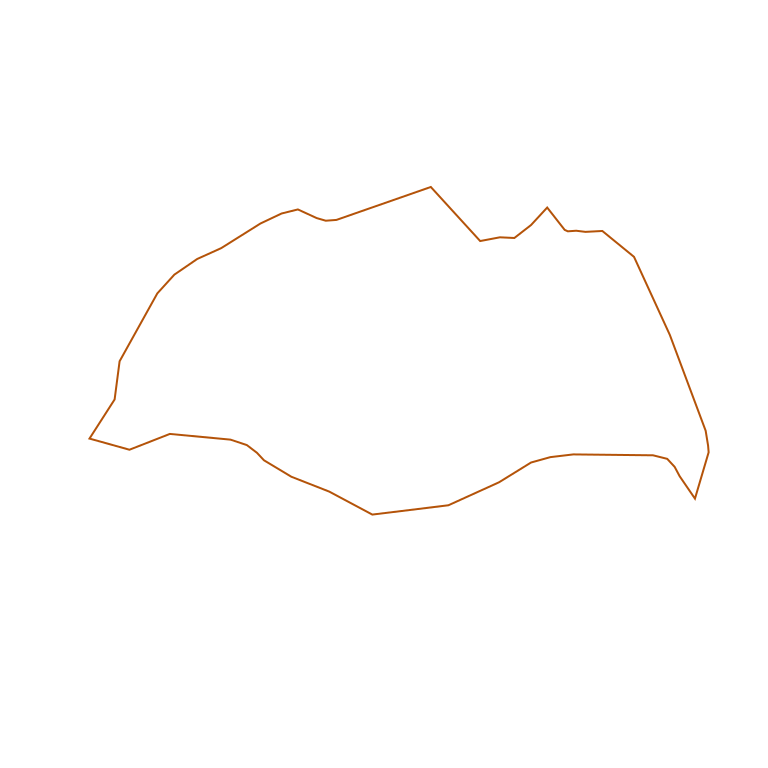 outline of Zug, rotated 165°
{"feature_id": "CHE-177", "entity_name": "Zug", "entity_type": "Canton", "adm_level": 1, "iso_a3": "CHE", "parent_name": "Switzerland", "parent_adm1": "", "projection": "robinson", "projection_center": [8.52, 47.166], "detail": "fine", "context": "isolated", "style": "outline", "palette": "amber", "viewbox_px": 768, "rotation_deg": 165, "n_neighbors": 0, "source": "natural_earth", "source_scale": "10m", "svg_char_len": 750}
<svg xmlns="http://www.w3.org/2000/svg" viewBox="0 0 768 768"><g transform="rotate(165 384 384)"><path d="M180.7,512.2L169.6,486.1L166.9,483.9L158.7,482.3L150.0,478.8L133.5,475.3L109.6,442.1L95.2,357.4L85.4,255.6L86.9,240.6L88.1,234.0L113.3,192.8L122.3,218.4L124.7,228.7L129.8,238.4L142.6,245.5L219.4,267.0L242.2,270.3L262.3,270.1L298.3,259.3L353.2,250.2L429.1,260.9L464.7,294.2L497.5,318.4L519.7,341.4L524.5,350.4L532.3,360.5L546.7,370.0L603.8,391.2L646.9,386.4L682.6,407.5L648.2,438.8L633.5,474.4L579.5,530.2L558.2,543.9L532.1,553.1L506.0,557.4L461.8,571.0L438.8,575.2L422.0,574.9L406.1,561.7L398.0,556.8L387.5,554.8L287.8,562.2L254.1,497.2L234.1,495.7L220.3,491.3L200.8,499.5L180.7,512.2Z" fill="none" stroke="#b45309" stroke-width="2"/></g></svg>